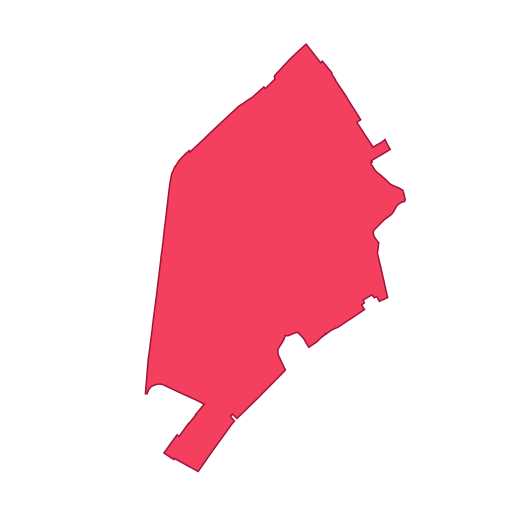 Otopeni, Bucharest, Romania (orthographic projection), rotated 335°
{"feature_id": "2599482B32051215942392", "entity_name": "Otopeni", "entity_type": "district", "adm_level": 2, "iso_a3": "ROU", "parent_name": "Romania", "parent_adm1": "Bucharest", "projection": "orthographic", "projection_center": [26.087, 44.559], "detail": "fine", "context": "isolated", "style": "filled", "palette": "rose", "viewbox_px": 512, "rotation_deg": 335, "n_neighbors": 0, "source": "geoboundaries", "source_scale": "gbopen_adm2", "svg_char_len": 5355}
<svg xmlns="http://www.w3.org/2000/svg" viewBox="0 0 512 512"><g transform="rotate(335 256 256)"><path d="M97.9,406.8L99.5,409.2L106.3,418.4L112.5,426.9L112.8,426.7L133.6,414.6L163.5,397.9L166.8,396.5L165.2,391.2L165.2,390.7L167.7,389.2L170.1,395.2L198.1,385.4L233.8,372.1L233.8,371.5L234.7,371.1L234.4,369.8L234.4,355.3L234.9,353.2L236.0,350.7L236.2,350.2L238.8,348.2L240.5,347.1L242.2,346.1L244.5,344.5L244.8,344.4L245.1,344.2L246.9,342.5L248.5,341.0L249.1,340.4L249.2,340.5L249.3,340.6L251.1,341.8L260.3,342.3L261.0,342.9L261.8,343.6L262.3,345.0L263.5,348.5L264.2,350.6L264.3,351.3L264.4,351.5L264.5,353.4L264.6,354.1L264.7,355.2L264.9,358.0L265.2,360.3L265.3,361.1L267.0,360.8L269.2,360.4L271.1,360.1L274.0,359.7L274.8,359.5L275.9,359.2L278.2,358.3L279.0,358.0L280.5,357.6L281.1,357.5L281.3,357.4L281.5,357.0L282.0,357.1L282.6,357.1L283.2,357.0L283.3,356.9L283.5,356.5L283.9,356.8L284.0,356.8L285.2,356.5L285.7,356.4L285.8,356.4L285.8,356.2L285.8,355.8L286.1,355.7L286.3,355.7L286.4,355.9L286.8,356.2L286.9,356.3L288.5,356.0L288.8,355.9L290.2,355.6L290.7,355.5L291.1,355.4L291.6,355.4L292.0,355.3L292.4,355.2L292.9,355.2L293.1,355.2L293.6,355.1L294.1,355.1L295.3,355.0L295.6,355.0L296.0,355.0L296.5,355.0L296.9,355.1L297.4,355.1L297.7,355.1L297.8,355.1L298.0,355.1L298.3,355.1L298.7,355.2L299.5,355.2L299.9,355.2L300.8,355.1L301.2,355.1L301.6,355.0L302.1,354.9L303.7,354.7L305.7,354.3L307.9,354.0L309.9,353.7L311.7,353.4L316.0,352.9L327.2,351.1L329.3,350.8L329.8,350.7L331.4,350.5L331.7,350.4L331.8,350.4L331.3,347.6L331.2,344.9L334.3,344.4L334.5,341.2L343.9,340.3L344.5,340.4L344.8,340.7L345.3,343.3L345.5,343.8L347.9,343.7L348.1,343.9L348.4,344.8L348.6,349.2L348.9,349.2L349.5,349.2L354.9,349.3L355.1,349.3L355.3,349.3L355.5,349.3L357.5,349.3L357.9,349.3L358.2,346.8L358.2,346.7L358.9,343.7L359.0,343.1L359.2,342.3L359.3,342.1L359.4,341.5L359.7,340.5L359.7,340.3L359.7,340.2L361.7,331.1L362.3,328.3L362.3,328.2L362.8,326.0L363.8,321.4L364.1,320.2L364.3,319.1L364.4,318.9L364.6,317.8L366.1,310.0L366.7,307.3L367.1,305.3L367.3,304.7L367.4,304.4L369.6,301.2L372.5,296.4L372.7,296.2L372.9,295.6L372.5,295.5L372.1,293.1L371.3,288.3L371.3,287.8L371.4,287.6L371.6,286.7L371.4,286.7L371.6,286.1L372.1,284.4L372.3,283.9L373.1,283.0L373.8,282.5L374.6,282.1L377.3,281.1L378.7,280.6L380.1,280.1L384.0,278.6L386.6,277.7L388.4,277.1L389.3,277.0L391.0,276.7L393.5,276.2L395.4,275.8L398.0,274.8L400.3,273.3L401.8,272.2L404.3,270.5L406.0,269.5L408.9,269.0L410.5,268.8L413.8,269.4L415.3,267.6L415.3,266.6L415.5,266.1L415.8,264.6L416.4,261.9L416.6,260.1L416.7,259.5L416.7,259.3L416.8,258.2L416.3,257.6L415.9,257.2L415.4,256.4L414.2,254.6L412.1,252.4L411.5,251.7L410.5,250.6L409.8,249.9L409.8,249.7L409.2,249.0L408.7,248.3L407.9,247.1L407.4,246.2L406.8,244.1L406.7,244.0L406.6,243.7L406.3,242.8L406.0,242.1L405.4,240.4L405.2,239.9L404.8,239.2L404.5,238.6L404.1,237.4L403.3,235.7L403.0,234.9L402.6,234.2L401.8,232.9L401.4,232.3L401.2,231.8L400.8,230.7L400.2,228.6L400.0,227.2L399.8,225.8L399.6,224.2L399.5,223.3L399.3,222.3L399.3,221.8L399.1,220.3L400.0,220.2L400.3,220.1L401.0,220.1L401.0,219.9L400.9,219.3L400.7,218.4L404.0,218.1L408.4,217.6L414.7,217.0L419.5,216.5L422.7,216.1L422.2,210.1L422.2,208.4L422.1,205.9L422.1,204.9L421.0,205.3L419.2,205.7L417.8,206.0L416.9,206.1L414.8,206.2L414.5,206.2L412.3,206.4L411.2,206.5L408.2,206.9L408.0,206.3L407.9,204.9L406.1,193.3L403.9,177.4L408.5,176.8L408.0,173.1L407.4,167.8L407.3,166.9L407.3,166.7L406.6,162.1L406.2,158.7L406.0,157.0L405.8,155.8L405.8,155.5L405.7,154.6L405.3,151.9L405.2,151.2L405.2,150.9L405.2,150.4L405.1,149.9L405.3,149.9L402.2,130.3L402.4,130.2L402.5,130.1L402.5,129.8L401.8,125.0L401.7,124.1L401.6,123.5L401.9,122.8L401.9,122.7L402.2,122.4L402.2,122.2L401.0,117.3L398.5,107.4L396.3,108.3L392.3,90.9L391.0,85.1L377.4,89.4L376.9,89.6L370.2,91.8L353.7,98.5L350.1,100.0L349.0,100.5L348.3,101.3L348.2,102.2L348.1,103.2L348.1,103.6L336.0,107.9L335.2,108.1L334.6,106.1L324.0,109.3L319.7,110.6L315.0,111.2L312.3,111.6L310.5,111.9L308.2,112.4L303.5,113.0L301.4,113.7L299.3,114.4L282.8,119.7L268.7,124.3L266.9,124.9L260.4,127.2L255.5,128.9L247.7,131.4L240.0,133.9L240.1,132.3L239.0,132.6L237.0,133.1L236.8,133.2L236.2,133.4L235.5,133.6L235.0,133.7L234.2,134.0L233.5,134.3L230.4,135.4L229.0,136.0L226.5,137.0L220.9,140.7L220.7,140.5L214.4,145.8L213.0,147.7L211.6,149.6L208.0,154.8L204.9,159.7L190.4,183.3L184.6,192.5L180.0,200.1L179.9,200.5L179.6,200.8L176.9,205.2L173.1,211.2L172.5,212.1L171.8,213.3L171.3,214.0L171.2,214.1L170.8,214.7L169.6,216.6L168.4,218.7L166.9,221.1L159.7,232.7L155.4,239.5L149.3,249.5L146.8,253.4L145.1,256.0L143.8,258.1L138.7,266.0L133.1,275.0L132.4,276.1L130.3,279.6L122.1,292.4L121.0,294.3L117.5,299.8L116.8,300.8L115.1,303.4L114.0,305.2L112.9,307.2L111.8,309.0L110.5,311.4L109.9,312.4L108.8,314.3L106.1,319.1L105.9,319.5L103.7,323.3L101.0,328.0L99.7,330.3L97.5,334.0L98.8,334.8L99.1,334.9L99.6,334.2L102.0,332.1L103.3,331.2L105.5,330.2L106.8,330.1L107.5,330.0L109.2,330.1L111.6,330.4L113.7,331.0L115.2,331.7L117.3,333.2L122.0,339.0L128.7,347.0L140.8,361.2L145.9,367.6L146.5,368.4L146.2,368.5L134.0,374.3L134.2,374.7L124.7,379.3L124.2,379.5L124.1,379.2L110.1,387.0L108.9,384.7L108.7,384.8L100.4,389.4L94.2,392.9L89.3,395.6L89.4,395.8L91.9,399.9L92.8,401.4L94.7,404.7L95.1,404.5L95.9,405.9L96.8,405.1L97.7,406.3L97.9,406.8Z" fill="#f43f5e" stroke="#9f1239" stroke-width="1.5"/></g></svg>